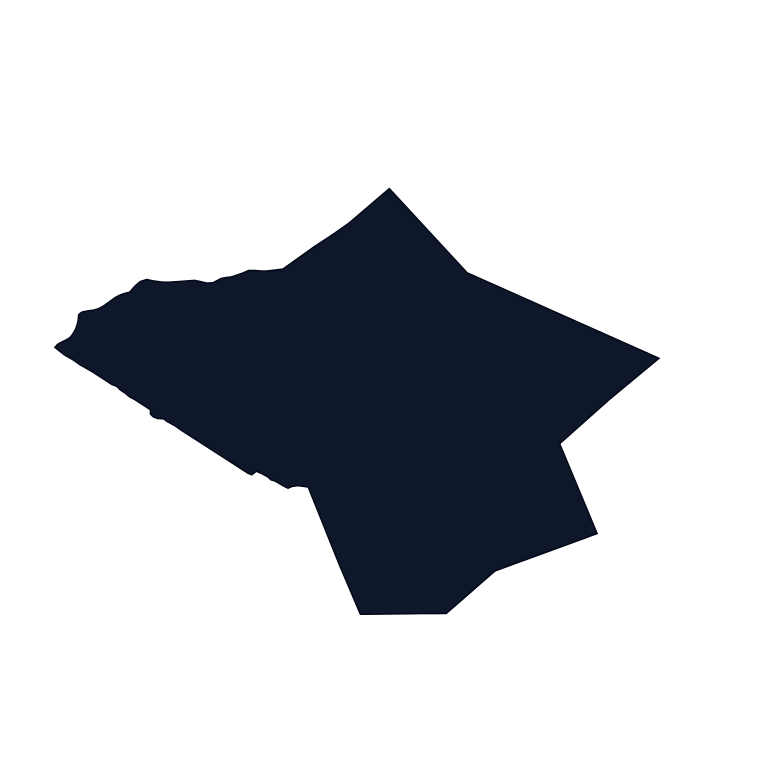 Santa Luzia do Paruá, Maranhão, Brazil, rotated 49°
{"feature_id": "56859067B5284280093105", "entity_name": "Santa Luzia do Paruá", "entity_type": "district", "adm_level": 2, "iso_a3": "BRA", "parent_name": "Brazil", "parent_adm1": "Maranhão", "projection": "natural_earth1", "projection_center": [-45.86, -2.528], "detail": "fine", "context": "isolated", "style": "filled", "palette": "ink", "viewbox_px": 768, "rotation_deg": 49, "n_neighbors": 0, "source": "geoboundaries", "source_scale": "gbopen_adm2", "svg_char_len": 1346}
<svg xmlns="http://www.w3.org/2000/svg" viewBox="0 0 768 768"><g transform="rotate(49 384 384)"><path d="M140.4,608.4L152.5,606.1L161.2,603.0L170.4,600.7L183.5,596.1L189.1,594.5L205.6,589.8L210.8,587.1L215.6,586.9L221.0,585.4L227.0,584.4L231.7,582.5L250.2,577.2L253.5,580.0L257.4,579.7L261.4,577.6L265.7,573.2L270.3,572.2L278.3,569.2L282.4,568.2L287.5,566.9L344.5,550.3L362.3,545.2L365.8,543.3L366.1,537.6L371.4,535.1L378.1,532.6L382.2,532.2L385.2,530.1L395.7,526.5L399.7,524.8L401.1,520.4L404.3,515.6L407.9,512.4L412.0,508.8L490.2,536.0L542.3,552.9L565.8,525.3L572.7,517.2L581.7,506.5L598.0,487.7L598.0,453.9L597.9,441.3L597.9,427.1L598.0,422.6L605.3,403.4L633.0,331.1L634.8,326.2L636.7,321.3L631.4,319.5L544.3,290.6L543.5,224.4L545.0,159.6L354.6,248.3L240.0,251.8L239.6,304.8L237.5,324.8L234.6,346.4L230.9,385.0L221.9,398.2L218.7,402.0L213.6,407.0L209.6,411.5L207.6,417.9L202.9,429.2L200.4,432.8L197.5,437.6L195.4,446.6L191.7,451.4L188.9,453.5L185.9,455.6L181.5,459.0L172.6,470.9L165.8,479.9L161.5,484.6L154.1,491.1L149.5,494.4L146.7,500.9L146.7,507.4L147.8,515.8L145.5,520.2L143.6,525.0L142.4,530.2L141.1,544.5L140.0,549.4L138.0,554.2L134.1,560.2L131.5,564.9L131.3,568.9L135.1,572.8L137.5,576.0L140.2,580.6L142.4,587.1L142.9,590.9L142.2,595.0L141.1,598.8L139.9,604.3L140.4,608.4Z" fill="#0f172a" stroke="#020617" stroke-width="1.5"/></g></svg>